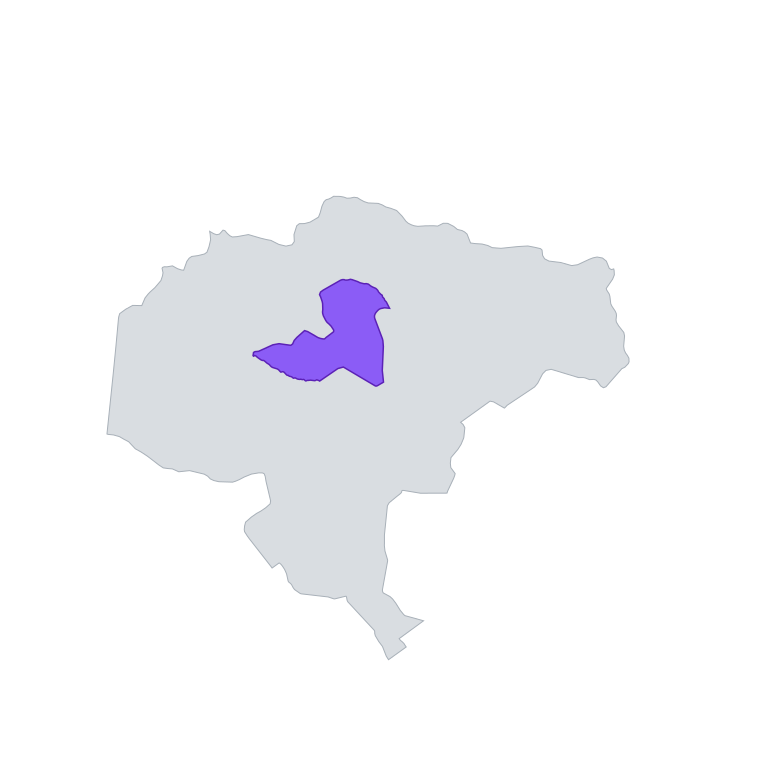 where Lakes sits in South Sudan, rotated 144°
{"feature_id": "SDS-863", "entity_name": "Lakes", "entity_type": "State", "adm_level": 1, "iso_a3": "SSD", "parent_name": "South Sudan", "parent_adm1": "", "projection": "robinson", "projection_center": [30.344, 6.76], "detail": "fine", "context": "in_parent", "style": "filled", "palette": "violet", "viewbox_px": 768, "rotation_deg": 144, "n_neighbors": 0, "source": "natural_earth", "source_scale": "10m", "svg_char_len": 5657}
<svg xmlns="http://www.w3.org/2000/svg" viewBox="0 0 768 768"><g transform="rotate(144 384 384)"><path d="M578.6,572.2L560.0,593.4L558.7,594.6L556.4,596.3L548.9,596.3L541.1,595.3L533.9,589.8L526.7,594.1L522.0,595.4L519.3,595.9L512.8,596.6L503.7,598.8L499.6,601.7L497.4,603.9L495.5,608.1L494.6,608.5L492.9,608.0L490.6,606.3L485.7,603.9L483.3,598.7L481.0,595.5L479.2,593.8L471.4,599.1L467.7,600.3L464.6,600.2L459.0,597.2L452.8,594.7L449.7,594.7L444.9,597.9L439.5,602.6L436.7,607.2L435.3,610.0L433.4,605.7L431.6,603.1L429.0,602.0L423.8,603.1L422.6,601.6L422.3,598.0L421.6,594.6L420.3,592.1L416.3,589.6L405.9,584.6L398.0,574.4L394.0,569.7L391.1,566.7L387.0,558.7L382.3,553.2L376.6,550.7L372.8,552.0L369.0,557.8L361.6,563.3L358.3,563.5L354.0,560.5L348.6,558.4L338.9,557.5L334.9,560.1L329.7,564.3L325.2,566.8L322.5,567.1L319.9,566.1L317.0,565.6L314.5,565.5L309.3,561.6L306.6,558.8L304.8,556.1L301.9,554.2L298.5,552.7L296.0,550.3L294.8,547.2L292.9,543.3L290.4,539.8L282.5,533.5L280.1,529.8L278.5,526.2L275.3,522.2L271.8,516.9L270.7,509.1L270.6,502.8L269.9,499.8L268.4,496.9L266.7,494.4L264.0,491.7L257.5,487.6L250.9,482.9L247.7,480.2L241.6,479.2L238.0,476.5L235.0,470.6L233.8,465.9L230.7,462.3L229.4,459.6L228.7,456.5L231.1,447.2L227.6,443.9L222.4,439.6L218.6,435.0L216.3,430.7L209.6,425.0L194.9,416.5L186.5,411.1L181.9,406.2L177.8,401.5L177.4,399.5L180.1,394.8L180.5,390.9L178.3,386.5L169.6,378.4L162.6,369.5L157.3,366.7L144.5,364.2L140.8,363.2L137.0,361.5L133.2,357.5L131.9,352.7L133.8,345.1L132.7,342.8L130.5,342.1L131.1,340.6L133.5,336.9L137.5,334.4L148.0,330.7L148.6,329.2L148.9,324.5L149.7,322.2L153.4,315.6L153.9,312.9L154.1,307.3L154.6,304.7L155.6,302.8L158.6,299.5L159.6,297.5L160.0,293.2L159.7,284.7L161.2,281.4L167.9,273.7L169.7,270.2L170.3,267.1L170.3,264.0L170.7,260.9L172.7,257.9L174.4,256.9L179.3,256.0L182.6,256.6L206.0,251.3L208.7,252.0L209.9,255.2L209.8,260.2L210.2,262.6L211.4,264.3L215.1,266.7L217.7,270.7L219.0,272.1L222.8,274.8L240.1,297.6L245.0,299.8L249.7,299.0L259.2,294.3L263.9,293.1L296.9,294.4L300.6,293.7L300.8,293.8L305.9,305.2L308.3,307.8L344.5,308.0L343.8,304.7L344.3,301.1L350.6,294.1L351.5,293.3L357.1,289.9L362.6,287.7L373.1,285.1L376.9,280.9L379.1,277.1L379.1,269.7L380.5,268.5L383.0,266.8L395.2,260.1L397.2,258.7L418.7,274.2L430.7,286.4L431.5,287.0L432.1,287.2L432.7,286.8L433.3,286.2L434.7,285.7L439.9,285.5L449.6,284.9L452.8,283.5L472.4,261.6L477.4,254.7L478.6,253.2L481.4,248.3L484.4,239.8L485.0,238.8L506.4,218.3L507.2,216.7L507.4,215.4L504.1,208.5L503.4,205.0L503.3,199.7L503.9,191.3L503.6,186.0L503.3,184.6L503.2,184.3L491.2,169.2L521.4,169.1L521.4,167.2L521.3,166.6L520.8,164.8L520.4,162.4L520.5,161.0L520.6,159.8L520.6,159.1L520.6,158.5L520.6,158.2L542.4,158.3L542.1,162.6L539.5,172.6L539.6,178.6L539.0,185.4L538.2,187.5L537.1,189.1L536.7,190.0L536.7,190.7L541.3,229.1L541.0,230.7L539.8,233.1L539.5,233.9L539.4,234.5L539.9,234.9L549.9,239.0L550.4,239.3L550.8,239.6L554.4,244.6L574.2,262.8L574.9,263.7L576.9,269.4L577.2,270.3L577.2,271.6L577.2,272.7L576.7,276.1L576.9,277.7L577.2,278.7L577.5,279.9L577.5,280.2L577.3,281.1L574.4,287.7L573.4,292.4L573.2,296.4L573.3,298.6L573.7,300.1L573.9,300.7L574.2,300.9L582.7,300.9L582.7,303.0L583.9,337.7L583.9,341.6L583.6,346.5L582.6,348.4L580.2,351.1L577.2,353.6L569.5,354.3L563.1,354.2L558.6,353.6L552.4,353.4L546.5,354.0L544.4,356.1L536.7,374.5L534.4,379.1L533.7,381.8L534.5,383.4L537.5,385.7L544.1,389.0L551.7,390.9L557.3,391.7L561.2,392.6L564.2,393.6L575.0,402.0L578.4,405.9L580.3,409.3L580.8,413.0L582.4,416.7L592.2,428.2L601.6,433.6L605.1,439.7L608.6,442.7L611.9,445.9L613.7,450.7L617.8,464.6L620.5,471.8L623.3,477.8L624.5,487.4L626.7,491.8L629.0,497.0L632.8,501.8L636.8,505.4L637.5,506.4L597.0,551.5L578.6,572.2Z" fill="#d9dde1" stroke="#a8b0b8" stroke-width="1"/><path d="M383.3,385.8L390.3,386.5L391.1,386.7L391.8,387.1L392.3,387.8L406.9,421.6L412.2,423.6L434.3,424.2L434.4,424.6L435.7,426.6L435.9,426.9L436.3,427.0L436.7,427.0L437.9,427.3L438.2,427.5L441.3,430.4L442.8,431.2L443.5,431.7L444.0,432.0L445.1,432.3L445.6,432.6L445.8,433.1L446.0,434.3L446.2,434.8L446.4,435.0L447.2,435.4L447.6,435.6L448.2,436.4L448.5,436.8L449.4,437.2L450.1,437.8L451.2,439.0L451.9,440.5L452.3,441.2L452.9,441.5L453.7,441.8L454.1,442.5L454.3,443.4L454.6,444.3L456.0,445.9L456.2,446.3L456.3,446.9L456.4,447.3L456.7,447.5L457.2,447.9L457.5,449.0L457.8,451.4L458.0,452.5L458.4,453.2L459.0,453.7L459.8,453.9L460.5,454.3L460.7,455.3L460.9,457.4L461.4,458.8L464.3,462.7L464.7,463.4L465.0,464.2L465.2,465.2L465.4,467.2L466.5,469.9L467.0,472.3L467.4,473.6L467.9,474.1L468.4,474.4L468.9,475.1L469.4,476.0L470.8,480.0L470.9,481.0L471.0,481.6L471.4,482.3L471.8,482.9L472.2,483.3L472.4,483.3L472.7,483.1L473.1,483.1L473.3,483.9L471.0,486.2L469.3,486.0L466.3,484.2L450.8,481.0L445.2,478.3L436.7,470.1L434.4,470.1L431.1,472.0L427.0,472.9L416.9,473.9L414.9,471.2L410.2,460.5L408.7,458.3L407.1,456.6L406.3,455.9L405.5,455.4L403.4,455.7L394.2,455.9L393.5,456.4L393.0,457.4L392.8,461.9L393.3,465.2L393.8,467.2L393.8,469.6L393.0,474.7L392.2,477.0L391.4,478.4L389.7,480.3L386.5,485.0L385.6,486.9L384.1,491.7L383.6,494.2L381.3,495.7L378.1,495.7L358.1,493.5L356.5,493.0L355.0,492.0L354.3,490.9L353.4,490.2L352.5,489.6L351.2,489.0L349.7,488.5L348.5,487.2L345.1,482.3L343.9,480.0L341.2,476.8L339.2,475.5L337.9,473.9L337.2,471.3L336.3,469.3L334.5,466.3L334.2,465.0L334.0,463.4L334.3,461.6L333.9,458.6L333.3,456.9L334.0,455.2L333.7,453.1L334.2,451.2L333.9,449.0L335.0,442.0L338.7,445.3L342.4,447.0L344.0,447.3L345.5,447.2L347.1,446.9L348.7,446.5L350.2,445.8L351.6,444.8L352.5,443.5L353.0,442.3L358.7,421.5L359.5,419.6L362.5,414.7L377.4,396.0L383.3,385.8Z" fill="#8b5cf6" stroke="#5b21b6" stroke-width="1.5"/></g></svg>